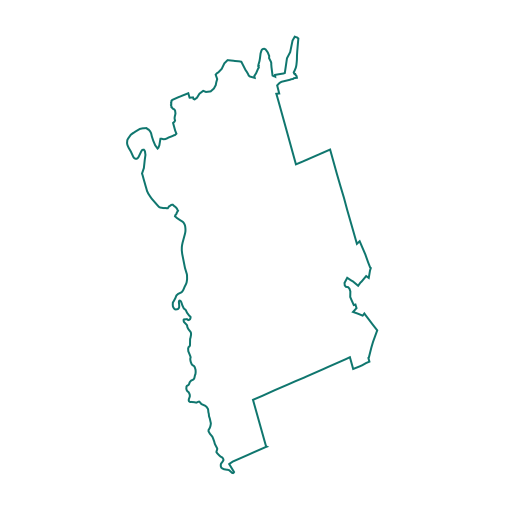 the district of Zlēku pag., Ventspils, Latvia, rotated 82°
{"feature_id": "27541924B50328122617974", "entity_name": "Zlēku pag.", "entity_type": "district", "adm_level": 2, "iso_a3": "LVA", "parent_name": "Latvia", "parent_adm1": "Ventspils", "projection": "robinson", "projection_center": [21.854, 57.134], "detail": "fine", "context": "isolated", "style": "outline", "palette": "teal", "viewbox_px": 512, "rotation_deg": 82, "n_neighbors": 0, "source": "geoboundaries", "source_scale": "gbopen_adm2", "svg_char_len": 6000}
<svg xmlns="http://www.w3.org/2000/svg" viewBox="0 0 512 512"><g transform="rotate(82 256 256)"><path d="M117.8,361.9L118.5,363.1L121.9,366.3L123.3,367.3L125.8,367.9L127.0,368.0L128.5,367.8L131.0,367.1L135.1,365.4L139.5,364.1L140.8,363.7L141.8,363.2L142.5,362.5L142.9,361.8L143.1,361.0L143.0,360.3L142.5,359.4L141.6,358.5L136.6,355.2L135.5,354.3L135.1,353.7L135.1,352.3L135.8,351.8L137.0,351.4L140.5,351.4L145.0,352.7L153.3,354.8L158.5,357.4L160.0,357.1L164.7,356.5L168.2,356.0L170.5,355.7L173.9,355.2L176.8,354.8L178.1,354.3L179.0,354.1L179.8,353.7L181.8,352.8L183.8,351.8L184.9,351.2L191.8,346.7L193.7,345.4L194.1,345.0L194.7,344.1L195.2,342.4L195.6,341.3L196.0,338.7L196.1,338.1L196.3,337.8L196.4,336.7L194.7,335.1L194.5,334.4L193.6,332.8L193.6,331.3L195.5,329.8L195.9,329.2L197.4,328.1L198.4,327.6L199.9,327.2L200.3,326.9L201.4,327.8L201.7,328.2L202.1,328.4L202.4,328.6L202.9,328.7L203.5,329.2L203.8,329.5L204.1,329.9L204.2,330.1L205.4,330.7L207.3,329.1L210.1,326.0L211.4,324.4L212.4,323.4L213.1,323.0L214.3,322.5L215.7,322.1L217.2,322.0L219.5,322.1L221.5,322.4L223.2,322.9L225.2,323.7L232.7,326.9L235.0,327.7L236.8,328.2L240.0,328.7L243.6,328.8L257.9,328.0L264.4,327.0L265.5,327.0L268.1,327.3L269.5,327.5L270.9,327.9L272.5,328.4L273.7,329.0L275.2,330.0L276.3,330.8L279.3,332.6L280.4,333.5L281.2,334.3L281.7,335.2L282.7,338.4L284.0,340.3L286.6,341.8L289.2,343.7L290.5,344.8L292.5,345.2L294.1,345.3L295.1,345.1L296.5,344.5L297.3,343.9L297.7,343.3L297.8,341.8L297.6,340.6L297.1,340.0L296.4,339.4L295.5,339.1L293.9,338.9L291.1,338.8L290.2,338.6L289.7,338.3L289.5,337.9L289.7,337.4L290.3,336.8L291.1,336.5L292.4,336.2L294.6,335.8L297.6,334.9L298.4,334.4L299.3,333.4L300.0,333.0L302.6,332.2L305.7,330.5L306.6,329.7L307.2,329.3L308.0,329.4L308.9,329.8L309.5,330.2L310.1,331.6L310.0,332.1L308.9,333.2L308.9,334.4L308.7,336.0L309.0,336.5L310.2,336.7L311.3,336.5L314.5,334.2L315.2,333.9L316.6,333.9L318.1,333.5L319.3,333.0L322.0,331.4L323.2,331.1L324.4,331.2L325.3,331.4L327.7,332.2L329.0,332.8L335.2,333.8L336.2,334.4L336.9,335.5L338.3,336.1L340.9,336.3L343.6,335.6L346.5,334.9L347.5,334.9L348.3,335.3L349.6,335.5L351.5,335.4L353.8,334.9L355.0,334.3L356.4,332.7L357.4,332.2L358.3,332.0L360.4,331.7L362.5,331.9L364.5,332.4L365.5,333.0L368.2,334.0L369.3,334.8L369.8,335.7L370.3,337.5L371.3,338.7L371.9,339.3L373.4,340.0L374.4,340.9L375.0,342.5L375.6,343.0L376.9,343.3L377.8,343.5L379.6,343.2L380.7,342.5L381.3,341.8L382.8,341.2L384.4,340.9L385.9,341.1L386.7,341.5L388.6,342.5L389.7,342.7L390.4,342.6L391.1,342.0L391.4,341.5L391.6,339.9L392.0,338.5L392.1,337.8L392.9,335.5L392.3,333.3L392.3,332.5L393.3,331.7L395.0,330.7L397.2,327.2L398.6,325.9L400.7,324.9L401.6,324.8L404.1,324.9L405.9,324.7L407.3,324.8L408.3,324.8L410.3,324.4L415.4,324.0L416.9,324.4L418.5,325.0L420.1,325.9L421.7,327.2L423.0,327.4L424.3,326.9L425.6,326.4L428.8,324.4L430.6,323.9L433.9,323.2L435.7,323.0L436.7,322.8L440.9,321.3L441.6,321.2L442.6,321.6L443.8,322.2L444.6,322.5L445.9,321.9L448.4,320.1L449.7,319.0L450.7,317.6L451.8,316.9L452.9,316.6L453.7,316.7L454.5,317.3L455.5,318.2L456.7,319.5L458.0,320.0L459.6,320.1L460.8,319.8L461.7,318.9L462.7,317.4L463.5,314.9L463.8,313.7L464.4,312.4L467.5,309.8L467.8,308.9L467.4,308.2L466.9,307.8L458.3,311.5L458.1,311.2L456.3,307.5L451.8,291.5L450.1,285.7L447.0,274.6L446.8,274.1L446.3,271.9L446.1,272.2L445.7,272.4L444.7,272.7L398.0,279.0L397.3,276.4L395.4,269.3L391.4,255.8L387.7,242.2L385.5,234.5L383.1,225.2L382.5,223.3L377.3,204.8L376.1,200.8L370.7,181.6L369.3,177.1L381.4,175.5L379.7,168.5L379.0,166.1L377.3,161.8L376.4,158.4L372.6,158.9L372.3,158.4L362.7,154.5L357.2,152.0L346.5,146.3L339.6,150.3L334.9,152.9L330.3,155.5L328.0,156.7L328.6,157.3L328.8,157.4L329.9,158.7L328.3,161.4L327.2,163.3L324.9,167.7L321.6,163.7L317.9,164.3L318.2,166.0L313.1,167.5L309.7,168.4L304.2,167.5L301.4,168.0L299.7,169.1L299.0,171.3L297.5,172.2L295.0,172.1L290.3,168.7L293.6,165.0L294.6,163.6L299.7,159.0L296.8,156.2L296.1,155.1L291.2,149.7L293.4,147.4L286.2,145.1L283.9,144.0L283.1,144.6L278.1,145.8L270.3,147.4L270.1,147.4L255.8,151.3L258.0,154.4L245.6,156.1L222.9,159.3L210.7,160.8L198.3,162.7L185.8,164.5L160.9,167.8L169.3,197.9L170.8,203.7L127.9,209.3L105.1,212.3L100.8,212.9L98.2,213.3L98.3,210.4L90.0,211.3L88.2,209.0L87.9,208.5L87.4,207.5L87.0,206.2L86.2,197.8L85.9,196.8L85.8,194.6L85.2,193.7L85.2,190.7L83.4,190.8L82.4,191.5L81.2,191.8L81.2,192.5L80.4,192.9L79.4,193.1L77.7,191.9L75.1,190.4L73.9,189.9L72.4,189.4L69.6,188.7L67.4,188.2L63.1,187.5L58.7,186.6L46.5,183.8L45.3,184.9L44.8,186.1L44.2,187.1L47.7,189.8L58.9,193.8L64.5,197.8L78.8,202.0L79.1,203.4L79.2,208.7L79.3,211.9L81.1,212.0L80.8,212.4L80.5,213.2L79.6,214.5L71.2,214.4L68.0,214.2L67.1,214.0L65.7,214.2L61.9,215.5L59.8,215.1L56.1,216.0L54.7,216.7L52.7,217.8L51.9,219.1L52.0,220.4L52.5,221.4L53.3,222.0L55.2,222.9L56.1,223.3L60.9,224.6L63.4,225.4L66.8,226.9L68.0,227.3L68.2,226.8L69.1,227.2L69.8,227.0L71.0,228.0L75.1,230.5L77.5,232.6L79.4,232.5L77.4,237.1L76.3,238.1L74.8,238.5L72.1,239.6L70.6,240.4L61.6,243.5L60.9,245.5L59.9,250.0L59.6,250.8L58.1,256.9L60.8,260.5L65.9,263.9L68.9,267.7L69.6,269.3L70.8,270.7L75.4,269.8L78.3,271.1L81.2,272.1L84.3,274.4L86.7,278.0L86.6,282.7L85.1,285.3L87.4,289.4L91.1,292.5L92.4,295.0L91.8,296.0L90.2,296.3L90.0,299.7L89.1,299.9L88.9,299.9L85.4,300.4L87.9,310.6L88.5,312.7L89.8,317.2L90.5,318.1L91.4,318.2L92.0,318.7L92.5,318.6L92.8,318.8L93.4,318.7L94.0,318.8L94.5,318.9L94.7,319.2L95.5,319.1L96.5,318.8L97.0,319.0L97.5,318.5L98.8,317.6L99.2,316.8L99.8,316.4L100.4,316.0L100.9,315.9L102.6,315.9L103.5,315.9L104.8,316.3L106.5,317.0L107.9,317.4L108.8,317.5L110.6,317.3L111.6,318.0L112.7,319.6L120.5,318.6L123.8,317.8L125.0,319.5L125.0,320.5L125.2,320.8L125.8,322.9L126.5,326.1L127.1,327.6L127.6,329.5L127.5,331.4L126.7,333.2L126.6,334.3L127.8,334.7L132.9,336.3L135.2,337.6L135.9,338.5L132.4,340.4L127.6,341.7L123.1,342.5L119.8,342.8L117.8,343.5L115.6,344.9L115.4,345.7L114.1,346.6L113.8,350.6L114.0,353.3L116.0,358.1L117.9,361.9L117.8,361.9Z" fill="none" stroke="#0f766e" stroke-width="2"/></g></svg>